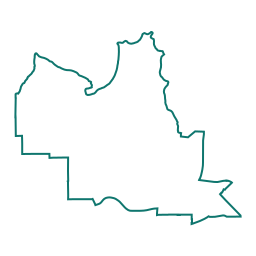 Melville, Western Australia, Australia
{"feature_id": "25037944B89194743408802", "entity_name": "Melville", "entity_type": "district", "adm_level": 2, "iso_a3": "AUS", "parent_name": "Australia", "parent_adm1": "Western Australia", "projection": "mercator", "projection_center": [115.829, -32.044], "detail": "fine", "context": "isolated", "style": "outline", "palette": "teal", "viewbox_px": 256, "rotation_deg": 0, "n_neighbors": 0, "source": "geoboundaries", "source_scale": "gbopen_adm2", "svg_char_len": 5506}
<svg xmlns="http://www.w3.org/2000/svg" viewBox="0 0 256 256"><path d="M181.1,133.1L180.5,132.9L179.9,132.9L179.1,132.7L178.3,132.3L178.1,132.0L178.0,131.3L178.1,130.9L177.9,130.5L177.8,130.2L177.9,129.3L178.0,127.5L178.1,126.4L178.0,125.8L177.8,125.3L177.6,124.9L177.2,123.9L177.3,123.4L177.6,122.5L177.6,122.1L177.3,121.7L177.0,121.2L176.5,119.9L174.3,116.3L172.4,112.3L171.3,111.1L170.4,110.6L168.5,109.9L167.8,109.5L167.4,109.1L167.2,108.5L166.4,105.7L165.6,104.0L165.5,103.3L165.3,102.5L165.4,101.3L165.3,100.0L165.1,98.9L164.9,95.8L164.6,94.3L164.0,92.8L164.0,92.3L163.9,91.3L164.0,90.8L164.2,89.6L164.6,88.6L165.4,87.4L166.3,86.3L166.9,85.8L167.6,85.0L167.8,84.5L167.7,84.2L168.3,82.6L168.3,82.2L168.2,81.8L168.0,81.5L167.6,81.3L165.7,80.8L163.9,79.7L163.1,78.7L162.0,77.2L161.1,76.5L160.9,76.2L160.4,75.3L160.0,73.7L159.8,72.7L159.8,72.2L159.9,71.4L161.0,67.2L161.0,66.2L161.1,64.8L161.0,63.7L161.0,63.3L160.9,62.4L160.9,61.5L160.8,60.8L160.9,59.6L161.0,58.9L161.5,56.8L161.8,56.5L162.1,56.1L162.7,55.6L164.1,54.4L163.4,53.2L163.0,52.1L162.8,51.5L162.7,51.3L162.3,51.1L161.2,51.1L160.5,50.9L159.8,51.0L159.5,50.9L159.0,50.7L158.7,50.7L158.2,50.6L157.6,50.3L157.3,50.0L156.9,49.3L155.7,48.3L154.9,46.6L154.6,46.1L154.0,44.6L153.9,43.2L154.0,41.0L153.8,39.6L153.7,39.2L153.4,39.0L152.8,38.8L151.2,37.9L150.8,37.3L150.8,36.9L150.8,36.6L151.1,35.7L151.6,34.9L152.2,34.1L152.6,33.4L152.6,32.8L152.4,32.5L152.0,32.2L151.5,32.0L151.2,32.0L150.8,32.2L150.5,32.6L149.6,33.3L148.1,34.1L147.6,34.2L146.8,34.1L145.4,33.5L144.8,33.2L144.4,33.1L144.1,33.2L143.3,33.7L142.7,34.0L142.4,34.5L142.1,35.8L141.5,37.1L140.9,38.2L140.2,39.3L139.8,39.9L138.8,40.6L138.1,41.4L137.5,41.8L136.7,42.2L135.1,42.7L133.5,43.3L132.7,43.4L131.7,43.7L131.3,43.7L130.5,43.6L129.9,43.5L129.2,43.3L128.6,43.0L127.9,42.6L127.3,41.9L126.8,41.3L126.0,41.0L125.4,40.9L125.0,41.1L124.6,41.4L123.9,41.8L123.3,42.4L122.7,42.8L121.3,42.8L120.2,42.5L119.6,42.5L118.3,42.6L118.0,42.7L117.6,43.1L117.5,43.3L117.4,43.7L117.6,43.9L117.9,44.3L118.4,45.2L118.6,45.7L118.8,47.3L118.9,52.1L118.8,53.8L118.8,54.7L118.4,59.7L118.0,61.8L118.0,62.9L117.4,65.8L117.2,67.4L116.6,70.1L114.9,75.0L114.0,76.9L113.6,77.4L113.0,78.7L112.2,79.7L111.7,80.5L111.2,81.1L109.7,83.2L109.1,83.8L106.9,85.2L106.2,85.8L103.9,87.4L101.7,88.1L100.7,88.6L99.9,88.8L98.7,89.3L98.0,89.7L96.9,90.6L95.4,92.5L94.4,93.3L93.9,93.6L93.1,93.8L92.7,93.8L92.2,94.0L91.8,94.2L90.4,94.6L89.7,94.8L87.8,95.0L87.0,94.7L86.4,94.4L86.1,94.0L85.3,91.0L85.3,90.3L85.4,89.8L85.6,89.3L86.1,88.8L86.7,88.6L87.7,88.5L88.6,88.4L90.2,87.8L90.8,87.8L91.4,87.5L91.8,87.3L91.8,87.0L91.6,86.3L91.9,85.5L91.9,85.1L91.6,84.5L90.9,83.5L90.9,82.7L91.0,82.3L91.1,82.1L90.9,81.8L90.3,81.5L88.9,81.1L88.4,80.3L88.1,79.7L87.8,79.3L85.3,77.8L83.9,77.2L81.4,76.1L80.4,75.8L79.4,75.5L78.7,74.9L78.0,73.9L77.3,73.1L76.5,72.5L73.6,71.2L71.8,70.6L71.0,70.4L69.3,70.2L66.8,70.1L64.8,69.7L63.9,69.4L61.5,68.4L59.6,67.3L58.8,67.2L57.8,66.8L54.8,64.7L53.7,63.7L52.6,62.5L51.9,61.9L51.2,61.6L50.4,61.4L49.8,61.3L49.5,61.1L48.3,60.0L47.5,59.5L45.8,58.6L44.0,57.9L41.4,57.3L39.2,56.4L38.9,56.2L38.5,55.6L37.5,54.6L36.8,53.7L36.4,53.4L36.0,53.3L35.4,53.6L35.2,53.9L35.1,54.5L34.9,54.6L34.7,55.2L34.8,56.0L34.6,56.8L34.7,57.5L34.4,59.1L34.2,61.2L34.2,61.9L34.2,62.8L34.3,63.8L34.7,65.1L34.8,65.9L34.7,66.4L34.5,66.8L34.3,67.0L34.5,68.1L34.4,68.4L34.2,69.3L34.0,69.9L33.6,70.5L33.6,70.8L33.3,71.2L32.5,72.1L32.1,72.6L31.8,73.3L31.3,73.9L29.4,75.6L28.7,76.4L28.0,76.7L27.9,76.8L27.7,77.3L27.7,77.7L27.3,78.0L27.2,78.2L27.2,78.7L26.8,79.3L26.5,79.5L25.3,80.9L25.0,81.3L24.7,82.2L24.4,82.8L24.1,83.1L23.5,83.2L23.3,83.3L22.7,83.8L21.5,85.8L21.0,86.7L20.5,88.9L20.3,89.6L20.1,89.9L19.8,91.1L19.4,91.9L18.9,92.4L18.5,93.3L18.2,93.6L17.8,93.3L16.2,93.6L15.6,94.2L15.6,97.9L15.8,98.1L15.7,98.3L15.4,116.0L15.5,115.9L15.6,118.0L15.6,120.6L15.8,136.0L22.0,135.8L22.0,136.1L22.1,138.7L22.2,143.6L22.2,154.0L30.8,153.9L49.4,153.9L49.5,157.9L49.8,157.9L52.7,157.7L66.9,157.5L68.1,157.5L68.0,171.1L68.2,181.0L67.9,181.2L68.0,181.3L68.0,184.1L68.2,195.6L68.1,199.3L68.4,199.3L73.4,199.2L91.7,199.2L92.6,198.9L95.0,203.9L95.4,205.1L98.7,204.0L99.4,203.7L100.1,203.3L100.7,202.8L101.3,202.2L102.9,200.2L104.0,199.1L104.7,198.6L105.3,198.3L106.1,197.9L107.0,197.7L107.9,197.5L109.3,197.4L110.8,197.5L112.3,197.8L114.0,198.2L115.5,198.8L116.3,199.3L118.4,200.7L119.5,201.6L120.1,202.2L124.7,207.3L126.1,208.6L127.1,209.3L128.1,210.0L129.1,210.4L130.0,210.7L132.0,210.8L139.8,210.8L142.0,210.7L143.8,210.6L146.7,210.2L151.9,209.0L154.2,208.6L157.4,208.4L157.0,213.4L157.0,215.1L158.5,214.8L168.2,214.7L168.5,214.6L168.8,214.6L177.9,214.6L177.8,215.0L179.8,215.0L179.8,214.7L191.7,214.7L191.7,219.2L192.0,219.2L192.0,222.4L191.6,222.6L191.6,224.0L197.2,222.0L200.1,220.9L204.4,218.9L207.2,217.3L208.6,216.3L209.8,216.9L214.9,216.8L223.1,215.4L224.6,215.6L226.8,216.7L240.6,216.6L240.5,215.5L225.6,200.2L220.4,194.6L220.4,194.4L220.1,194.1L221.3,192.8L221.5,193.0L222.1,192.5L222.8,191.3L223.6,189.4L224.0,189.6L224.5,189.7L225.1,189.6L225.2,189.4L225.3,189.0L231.7,182.9L231.9,182.6L231.4,182.2L229.7,181.3L228.8,181.0L227.9,180.7L226.5,180.5L226.5,180.9L224.9,180.7L223.9,180.8L223.0,180.9L218.6,181.8L217.6,182.0L216.3,182.0L213.9,181.9L204.5,180.7L199.1,180.0L199.2,179.7L199.5,179.8L199.5,179.7L201.0,175.6L201.8,172.2L202.3,169.8L202.8,166.3L202.9,165.3L203.0,162.4L203.1,140.5L203.3,138.8L203.8,135.0L203.9,134.1L203.9,131.7L195.1,131.4L188.0,137.3L180.9,136.5L180.9,134.1L181.1,133.1Z" fill="none" stroke="#0f766e" stroke-width="2"/></svg>